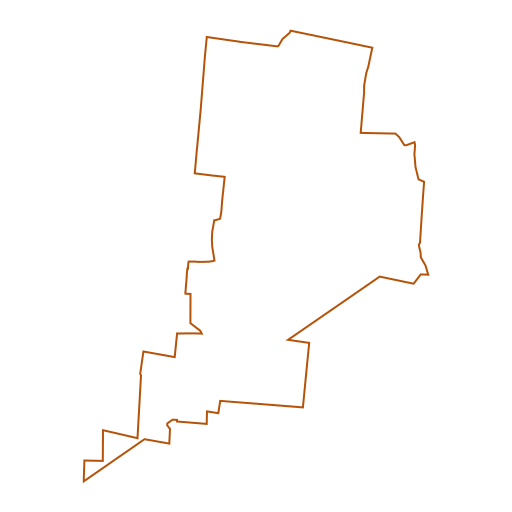 Chikindzonot, Yucatán, Mexico (Robinson projection)
{"feature_id": "50627088B66284744299832", "entity_name": "Chikindzonot", "entity_type": "district", "adm_level": 2, "iso_a3": "MEX", "parent_name": "Mexico", "parent_adm1": "Yucatán", "projection": "robinson", "projection_center": [-88.567, 20.253], "detail": "fine", "context": "isolated", "style": "outline", "palette": "amber", "viewbox_px": 512, "rotation_deg": 0, "n_neighbors": 0, "source": "geoboundaries", "source_scale": "gbopen_adm2", "svg_char_len": 2951}
<svg xmlns="http://www.w3.org/2000/svg" viewBox="0 0 512 512"><path d="M420.8,257.3L420.6,252.8L419.4,247.8L418.8,244.8L420.0,242.7L421.7,215.9L423.1,195.1L424.1,181.8L418.5,179.3L415.5,167.0L414.7,157.4L414.4,154.5L414.4,154.4L415.1,145.2L414.5,142.2L406.1,145.3L404.3,145.1L399.2,137.1L395.5,133.6L360.7,132.9L363.9,94.9L364.1,93.3L364.1,86.0L365.1,79.7L366.3,73.0L368.3,66.6L372.3,47.7L342.2,41.4L290.6,30.7L289.7,32.8L282.5,39.0L278.7,45.5L277.7,46.4L239.6,41.8L239.5,41.7L206.8,37.0L204.9,56.5L200.7,109.4L197.0,148.7L196.9,148.8L196.7,151.4L195.2,168.7L194.7,173.2L194.7,173.3L195.3,173.4L195.8,173.5L196.1,173.5L197.0,173.6L209.7,175.2L209.9,175.2L212.0,175.5L212.9,175.6L215.0,175.8L215.5,175.8L216.2,175.9L218.6,176.2L219.6,176.3L221.6,176.5L223.8,176.7L224.7,176.9L224.5,177.9L224.5,178.7L224.3,180.7L224.1,182.0L224.1,182.9L223.9,183.9L223.8,185.2L223.7,186.4L223.5,187.4L223.4,188.9L223.2,191.5L223.0,192.8L222.8,194.3L222.6,196.2L222.3,199.5L222.2,200.4L222.1,201.6L222.0,202.9L221.8,205.7L221.7,206.6L221.6,208.0L221.5,209.3L221.4,210.7L221.3,211.6L221.0,213.8L220.7,215.3L220.3,217.8L220.1,218.2L219.9,218.9L219.7,219.0L219.3,219.1L217.2,219.6L215.7,220.1L215.0,220.2L214.2,220.3L214.1,221.4L213.6,223.9L213.3,225.9L212.8,228.4L212.7,229.4L212.4,230.5L212.3,231.6L212.2,232.9L212.1,233.5L212.1,234.9L212.0,235.1L212.0,237.5L212.0,237.9L211.9,238.3L211.9,240.6L212.1,243.8L212.1,245.1L212.1,245.4L212.3,246.9L212.4,247.8L212.5,248.7L212.8,250.0L213.0,251.8L213.5,254.4L213.5,254.6L213.7,255.7L213.8,256.7L214.1,258.3L214.3,259.7L214.5,260.6L212.7,261.1L211.0,261.4L210.0,261.5L209.7,261.6L207.7,261.7L207.4,261.7L205.5,261.8L204.6,261.8L202.9,261.9L201.4,261.9L200.0,261.9L199.7,261.9L197.8,261.9L196.8,261.8L195.9,261.6L194.7,261.6L193.3,261.6L192.0,261.6L191.2,261.6L190.6,261.5L188.6,261.6L188.5,262.6L188.3,263.7L188.2,264.7L188.1,266.3L188.0,267.8L187.9,268.8L187.4,268.7L187.4,268.8L187.3,269.6L187.2,270.3L187.0,272.1L186.8,273.7L186.8,274.4L186.8,275.8L186.7,276.5L186.6,277.8L186.6,278.3L186.5,279.3L186.4,280.6L186.4,281.7L186.2,283.2L186.0,284.9L185.9,286.8L185.7,288.9L185.6,290.9L185.4,292.1L185.4,292.8L185.4,293.6L186.0,293.7L187.0,293.8L189.1,293.8L190.5,294.0L190.4,323.2L200.3,330.8L201.7,333.6L200.8,333.5L199.7,333.5L198.5,333.5L195.4,333.4L194.0,333.4L192.1,333.4L190.7,333.4L190.2,333.4L188.8,333.4L187.1,333.4L185.2,333.4L182.6,333.5L181.6,333.4L181.1,333.4L179.4,333.6L178.4,333.5L177.5,333.4L177.1,333.4L174.7,357.1L143.4,351.5L140.2,373.8L141.0,375.4L139.7,399.0L137.5,437.9L137.5,438.2L103.0,430.2L102.8,460.9L84.4,460.5L83.8,478.4L83.8,481.3L144.5,439.2L169.3,443.6L169.3,443.4L170.0,428.9L167.2,425.3L167.3,423.4L172.6,419.7L177.0,419.9L177.0,421.5L206.7,423.9L207.0,411.4L218.3,413.2L220.2,400.9L302.9,407.4L307.1,364.1L309.2,342.9L300.5,341.6L300.0,341.6L288.1,339.8L306.1,327.4L379.7,276.6L413.6,283.7L420.8,274.4L428.2,274.7L425.5,265.5L420.8,257.3Z" fill="none" stroke="#b45309" stroke-width="2"/></svg>